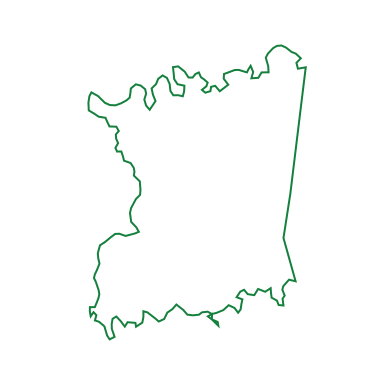 outline of Nova Fátima, Paraná, Brazil, rotated 277°
{"feature_id": "56859067B92466374194931", "entity_name": "Nova Fátima", "entity_type": "district", "adm_level": 2, "iso_a3": "BRA", "parent_name": "Brazil", "parent_adm1": "Paraná", "projection": "albers", "projection_center": [-50.54, -23.41], "detail": "fine", "context": "isolated", "style": "outline", "palette": "green", "viewbox_px": 384, "rotation_deg": 277, "n_neighbors": 0, "source": "geoboundaries", "source_scale": "gbopen_adm2", "svg_char_len": 2535}
<svg xmlns="http://www.w3.org/2000/svg" viewBox="0 0 384 384"><g transform="rotate(277 192 192)"><path d="M329.6,289.7L327.3,282.1L332.9,279.9L338.0,283.7L342.0,278.1L343.2,273.6L346.7,267.9L348.3,263.1L347.4,258.5L344.7,255.0L338.5,250.4L334.2,248.9L326.2,252.3L320.1,253.4L319.2,246.5L313.4,243.9L312.1,237.1L318.6,238.1L324.4,234.8L320.8,233.1L317.4,231.9L318.9,223.6L318.3,219.6L313.0,209.4L308.3,209.7L302.9,214.9L295.4,207.3L300.2,202.1L298.7,198.1L294.3,198.0L292.2,193.1L294.6,189.4L298.7,193.4L302.5,194.2L305.2,190.3L307.0,186.9L311.5,184.2L309.5,181.0L305.7,178.7L305.2,174.6L310.5,170.2L315.0,163.0L313.6,157.9L308.2,159.2L301.8,160.6L297.2,164.5L296.6,171.5L290.7,171.9L285.9,171.2L286.4,166.5L285.7,161.7L289.6,158.3L296.6,156.6L302.2,153.2L304.1,148.6L300.1,144.6L294.7,143.2L289.9,139.3L284.0,141.3L277.8,144.7L268.5,140.0L272.2,135.9L278.0,133.4L284.0,134.5L288.3,133.0L291.4,128.1L292.0,123.1L287.3,118.7L282.7,118.8L278.0,118.6L274.9,115.7L271.4,110.8L268.7,105.5L268.3,99.9L269.9,94.7L275.8,87.0L278.6,80.0L274.5,78.5L268.1,78.3L260.4,79.6L257.6,85.9L255.4,90.1L255.1,97.1L251.2,99.4L247.0,102.1L247.6,108.9L243.6,111.9L239.8,109.4L235.7,110.2L231.5,112.7L226.4,110.6L223.0,112.7L223.6,116.9L219.0,119.1L214.8,120.7L213.3,127.5L208.8,131.3L205.1,132.4L201.2,132.3L196.2,138.9L187.7,140.6L182.8,140.8L178.2,137.2L168.6,133.5L163.6,133.0L154.9,135.3L150.2,141.0L146.0,144.1L143.9,140.4L140.3,131.5L141.7,125.0L141.0,120.8L137.1,116.8L131.8,111.8L127.9,107.2L124.2,106.6L119.6,106.0L114.9,107.0L109.6,108.9L102.8,107.1L98.3,105.6L94.6,105.2L91.3,107.4L83.2,111.3L79.1,112.5L75.4,112.1L71.0,111.0L65.9,109.6L65.3,104.7L61.3,105.1L56.3,106.6L60.7,108.9L58.1,112.1L52.7,111.3L51.8,115.7L48.0,121.4L39.3,125.2L35.7,128.2L38.8,132.8L46.4,129.1L51.0,128.4L56.4,128.6L59.2,132.0L55.3,136.8L50.2,141.7L54.9,143.9L55.2,151.8L51.5,152.9L56.3,158.6L62.1,159.0L67.7,158.3L67.1,162.4L62.1,170.8L59.4,174.8L62.6,179.9L69.3,182.2L73.4,186.9L78.4,190.2L73.8,197.8L69.7,202.3L69.7,207.9L71.1,213.9L73.8,216.6L75.1,222.1L73.3,226.8L75.1,231.2L78.6,237.5L84.1,242.2L82.1,248.3L77.8,252.5L81.5,254.6L86.8,254.7L91.6,255.1L93.0,249.1L98.9,252.0L101.3,255.6L97.4,259.7L97.2,266.4L103.8,269.4L101.9,276.8L106.1,281.8L101.5,282.7L96.8,283.9L94.6,289.5L90.4,291.8L90.5,296.6L97.1,294.9L100.5,296.6L106.0,293.6L109.7,294.1L116.8,299.0L116.0,305.7L157.5,288.4L202.0,289.8L296.5,289.7L329.6,289.7ZM73.3,226.8L70.5,222.9L68.0,227.2L73.3,226.8ZM68.0,227.2L62.5,234.4L66.2,233.3L68.0,227.2Z" fill="none" stroke="#15803d" stroke-width="2"/></g></svg>